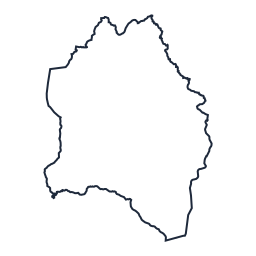 outline of José Joaquín de Herrera, Guerrero, Mexico
{"feature_id": "50627088B58931459809132", "entity_name": "José Joaquín de Herrera", "entity_type": "district", "adm_level": 2, "iso_a3": "MEX", "parent_name": "Mexico", "parent_adm1": "Guerrero", "projection": "albers", "projection_center": [-98.998, 17.441], "detail": "fine", "context": "isolated", "style": "outline", "palette": "slate", "viewbox_px": 256, "rotation_deg": 0, "n_neighbors": 0, "source": "geoboundaries", "source_scale": "gbopen_adm2", "svg_char_len": 5702}
<svg xmlns="http://www.w3.org/2000/svg" viewBox="0 0 256 256"><path d="M184.9,235.7L185.8,233.7L188.2,215.0L191.8,208.1L191.0,195.5L189.9,188.0L191.1,183.7L191.0,182.0L191.5,180.7L192.2,180.0L193.2,179.6L193.9,179.5L196.2,178.9L197.5,177.8L198.0,177.0L198.2,176.2L197.7,171.4L198.1,170.2L198.9,169.4L199.8,169.0L201.0,168.9L204.2,167.9L205.1,167.5L205.8,166.6L205.9,166.0L204.3,163.3L204.7,159.9L205.1,158.5L206.3,156.1L206.7,156.2L209.3,151.0L209.4,149.3L209.7,148.5L210.5,147.0L211.1,146.4L211.5,145.1L211.6,143.4L209.7,139.9L209.4,138.8L209.4,136.9L209.0,136.1L206.1,133.2L205.1,129.9L205.1,129.0L206.8,124.9L205.5,122.4L205.5,121.5L206.2,120.5L207.2,120.8L207.7,120.0L207.3,119.2L207.9,115.0L205.5,114.1L203.4,112.7L202.5,112.7L199.6,109.7L198.4,109.3L197.5,108.5L197.0,106.5L197.7,105.7L198.5,105.4L199.7,104.3L202.3,104.1L204.1,102.8L205.0,101.1L205.5,100.8L205.4,100.2L205.0,99.7L204.7,98.3L204.1,98.2L203.8,98.0L203.7,96.3L203.4,96.0L203.1,95.7L201.9,95.6L201.4,95.1L200.4,95.1L199.9,94.3L199.2,94.2L199.1,93.4L198.8,92.7L197.9,92.9L197.3,92.5L196.9,92.6L196.0,92.2L195.0,92.2L193.9,91.2L191.9,90.9L191.1,90.7L190.3,89.9L188.3,89.0L188.0,88.6L187.5,87.0L187.7,85.6L188.0,84.7L188.8,83.6L189.0,82.1L188.6,81.3L188.8,80.8L189.6,79.8L189.7,79.0L189.4,78.9L187.7,79.4L187.4,79.1L187.5,78.1L187.3,78.0L187.0,78.0L186.5,78.4L186.0,78.4L184.4,77.4L184.1,77.4L183.9,77.9L183.2,78.0L183.1,76.5L180.5,75.0L180.3,74.2L179.3,73.4L179.3,72.9L177.9,71.7L178.5,71.0L178.0,70.7L177.7,69.8L177.9,68.7L177.7,68.0L177.8,67.4L177.3,66.8L176.8,67.1L176.0,67.0L176.1,65.4L175.7,64.2L175.1,63.9L174.0,64.3L173.7,64.1L171.4,62.0L170.7,61.9L170.2,61.2L170.0,59.1L169.6,59.1L169.2,59.5L168.7,59.4L168.5,59.1L168.3,57.3L167.6,56.4L167.3,55.6L167.3,54.2L166.2,52.1L165.2,51.0L165.1,50.3L165.3,49.9L165.6,49.7L167.2,49.3L167.7,48.6L167.7,45.2L167.5,44.9L166.8,45.5L166.1,45.6L165.0,44.1L163.4,43.8L162.6,42.3L162.6,41.8L161.7,40.1L161.6,39.7L161.9,38.6L161.3,38.3L160.3,38.2L159.9,37.8L159.8,37.4L159.9,37.1L161.0,37.2L160.8,36.6L160.3,36.1L160.3,35.8L161.5,34.6L162.0,32.3L162.3,31.7L162.3,31.4L160.8,30.2L160.7,29.9L160.7,28.7L160.6,28.4L160.4,28.3L159.4,28.3L158.7,27.7L157.3,24.4L156.8,24.2L156.6,24.8L156.0,24.8L155.7,24.5L155.7,24.2L155.3,23.6L155.0,23.4L154.0,23.3L153.7,21.7L152.6,21.5L152.5,21.3L152.7,20.2L151.6,18.6L151.4,17.5L151.5,17.0L152.3,16.1L152.3,15.6L151.6,15.4L151.1,15.5L149.3,16.5L147.9,16.8L147.2,18.1L145.1,19.4L144.8,19.4L144.3,20.4L144.0,20.7L142.9,20.7L142.4,21.0L141.2,21.0L139.5,22.2L139.1,22.3L138.8,22.9L138.2,23.2L137.8,23.2L137.8,22.6L137.4,21.9L135.5,20.0L134.2,19.9L133.2,20.1L131.8,20.8L131.5,21.3L130.2,22.4L128.6,23.5L128.1,24.2L125.7,28.1L124.6,31.5L124.1,32.3L123.4,32.8L123.0,33.3L122.5,33.4L120.4,34.6L119.3,34.8L118.5,34.6L116.6,32.7L116.8,32.0L115.5,29.2L115.8,27.3L115.5,26.3L115.2,26.0L114.9,25.4L113.6,25.6L113.0,25.1L111.1,24.6L110.5,23.4L110.5,23.0L109.4,22.2L108.7,22.2L108.7,19.6L108.1,18.0L107.3,17.8L105.8,17.1L104.8,17.0L104.2,18.0L103.4,18.0L103.1,17.9L102.6,18.2L101.2,18.1L101.1,19.5L101.7,20.6L100.9,21.9L98.9,22.8L97.9,25.2L95.6,27.0L94.6,29.5L94.1,31.4L94.5,32.8L94.6,34.0L93.3,34.7L91.9,35.8L91.9,37.3L91.5,39.2L91.5,39.9L89.4,40.4L87.6,41.4L86.9,42.2L86.5,43.5L85.6,44.8L85.9,46.0L86.8,46.7L86.9,47.2L86.4,47.4L83.7,47.4L83.1,47.0L82.0,47.4L80.8,46.8L79.9,47.1L79.0,47.1L76.1,46.5L75.6,49.6L76.8,50.3L76.3,51.4L74.3,52.0L73.2,53.8L71.5,54.1L72.0,55.8L71.8,57.8L71.2,59.2L70.2,59.8L69.2,61.2L68.8,62.9L67.7,64.7L65.7,67.1L50.2,69.1L48.0,82.8L46.7,93.5L46.8,97.7L47.0,99.4L47.9,103.4L48.6,106.0L49.8,106.8L50.7,107.8L54.2,112.3L58.7,116.3L60.7,117.4L60.1,118.7L60.4,120.0L60.5,121.2L60.5,122.0L60.3,122.5L60.3,124.0L60.4,124.8L61.0,125.2L61.4,125.9L61.4,126.7L61.1,127.9L60.0,129.1L59.8,129.8L60.3,133.4L59.9,137.7L59.6,137.7L59.4,138.2L59.4,138.9L60.3,141.1L60.6,142.8L60.7,146.0L60.4,146.5L60.3,147.9L60.8,150.1L60.6,151.1L58.8,153.1L59.0,157.3L58.5,158.0L57.6,158.6L56.8,159.8L54.6,162.1L54.4,162.6L52.2,163.8L51.3,164.0L49.4,165.4L48.5,165.7L47.2,167.0L46.9,167.6L45.0,169.0L44.8,169.3L44.7,169.8L44.9,171.2L44.4,172.3L45.0,174.4L45.8,176.6L45.8,177.0L46.8,178.5L46.8,179.9L46.6,180.8L46.6,182.3L47.3,184.3L47.3,186.0L49.3,187.2L50.1,188.0L50.2,190.4L50.5,191.5L50.8,191.8L51.9,192.4L52.0,192.7L53.0,193.5L54.4,193.5L54.5,193.7L54.1,194.7L52.4,195.9L52.2,196.3L52.2,196.9L52.4,197.1L53.4,197.1L53.5,197.8L53.6,198.0L53.8,197.9L53.8,197.6L54.2,197.5L54.0,196.3L54.7,195.4L55.8,195.0L56.0,194.8L56.1,193.5L56.9,193.4L56.9,191.9L57.8,191.7L59.2,191.9L59.9,191.9L60.9,191.1L61.5,191.3L62.2,191.2L62.3,190.1L62.6,190.0L64.1,190.6L64.7,190.5L65.8,189.8L66.6,189.9L67.1,190.1L68.2,191.1L69.4,191.3L70.1,192.1L70.7,192.2L71.7,192.0L73.5,192.5L74.7,193.1L75.6,193.2L77.3,193.1L78.1,192.8L78.5,193.1L79.6,194.5L81.3,194.8L84.2,194.2L85.2,193.4L85.2,193.0L86.5,191.0L86.7,190.2L86.7,189.6L86.8,188.8L87.7,187.8L88.0,187.1L88.5,186.8L89.8,186.8L90.3,186.4L91.1,186.7L91.9,186.7L92.5,186.4L93.2,186.7L94.1,186.7L95.1,186.1L96.7,186.1L97.5,186.5L99.4,188.3L100.4,189.1L101.9,189.0L103.2,189.4L104.6,189.0L106.0,189.0L109.1,191.2L109.7,191.5L111.8,191.6L112.6,191.2L113.6,191.6L114.6,191.4L115.8,192.0L116.0,192.9L116.8,194.0L119.0,194.7L120.7,195.9L124.0,197.1L125.9,199.6L127.5,199.1L128.8,199.4L129.4,198.9L130.2,199.0L131.2,199.9L130.5,202.2L130.8,205.8L130.9,206.5L132.3,208.9L133.5,209.8L135.2,210.6L136.4,211.5L138.6,213.6L139.5,215.8L140.5,217.2L141.7,219.7L142.6,220.5L145.2,222.4L148.7,223.6L149.4,224.1L150.2,225.3L150.8,225.7L152.5,226.2L153.7,226.2L154.9,226.7L155.8,227.8L157.2,228.8L158.7,229.2L159.7,231.2L160.9,232.2L162.4,232.9L163.6,233.8L165.4,236.0L165.9,237.1L165.7,240.6L183.2,235.8L184.9,235.7Z" fill="none" stroke="#1e293b" stroke-width="2"/></svg>